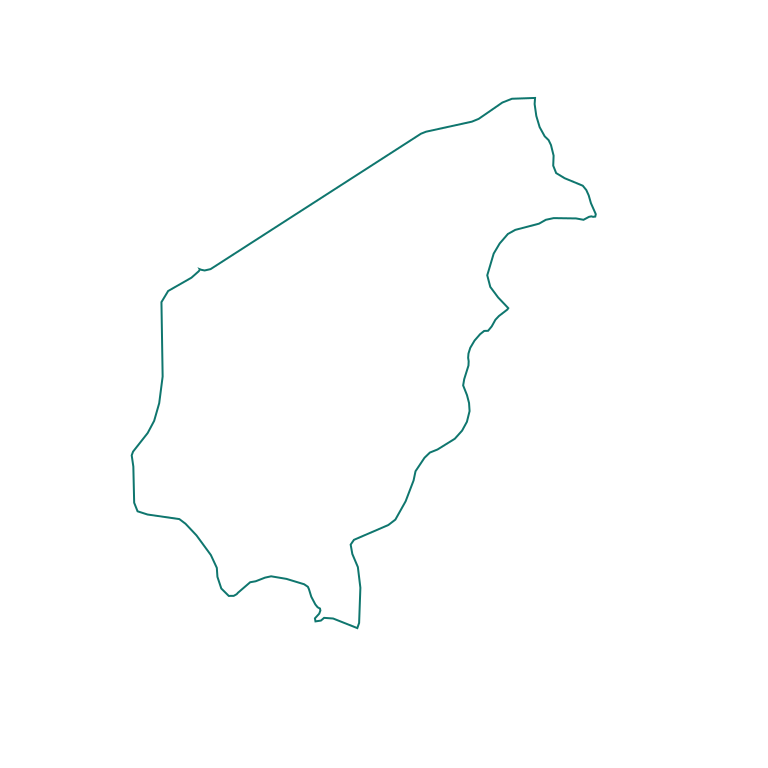 outline of Semnan, rotated 149°
{"feature_id": "IRN-3215", "entity_name": "Semnan", "entity_type": "Province", "adm_level": 1, "iso_a3": "IRN", "parent_name": "Iran", "parent_adm1": "", "projection": "natural_earth1", "projection_center": [54.411, 35.84], "detail": "fine", "context": "isolated", "style": "outline", "palette": "teal", "viewbox_px": 768, "rotation_deg": 149, "n_neighbors": 0, "source": "natural_earth", "source_scale": "10m", "svg_char_len": 1678}
<svg xmlns="http://www.w3.org/2000/svg" viewBox="0 0 768 768"><g transform="rotate(149 384 384)"><path d="M270.8,377.9L276.0,377.2L284.0,374.6L291.4,370.6L295.9,366.6L298.4,363.1L299.7,359.9L302.1,356.3L312.8,346.8L316.9,342.0L318.6,331.7L320.9,323.9L324.6,316.7L332.4,308.9L341.1,303.8L351.5,300.6L371.9,300.3L380.0,301.6L387.3,299.9L401.9,293.0L408.3,286.1L425.9,272.3L444.1,261.9L452.9,260.9L490.0,265.9L495.3,263.5L498.7,254.6L500.7,240.5L509.2,221.5L528.4,192.0L532.6,188.5L548.4,209.2L555.8,214.4L559.9,213.7L565.0,215.8L563.9,218.7L557.8,220.5L555.2,222.6L554.5,224.5L555.2,225.6L555.9,226.9L556.4,230.4L555.9,239.1L554.0,246.8L553.7,249.4L555.6,253.5L568.0,267.2L579.8,277.3L585.7,279.3L595.6,281.0L600.8,283.0L616.6,280.3L618.6,279.7L621.9,279.8L626.2,282.3L628.8,292.5L626.1,304.5L622.0,312.5L620.5,326.6L622.7,350.8L626.1,366.4L629.0,373.6L653.9,393.9L660.8,401.8L659.3,410.9L641.4,442.3L637.0,452.8L633.9,455.3L611.8,463.7L600.0,470.8L586.6,483.3L569.9,504.4L532.6,568.8L521.1,574.9L494.3,574.3L484.6,576.1L482.8,577.0L482.8,577.3L481.8,576.0L479.3,573.7L473.5,571.8L223.4,579.5L218.0,578.6L173.5,563.6L166.3,562.5L137.6,564.3L127.4,562.6L107.2,551.4L110.7,546.4L115.4,535.3L118.3,524.0L118.7,513.5L117.3,508.3L117.8,502.8L121.0,492.4L126.5,484.0L127.8,476.1L123.2,467.4L111.5,451.6L110.7,446.1L111.4,440.2L113.5,432.4L115.0,420.5L116.7,418.7L118.7,419.6L119.9,420.9L122.2,421.7L128.4,422.0L134.1,427.0L153.1,438.8L160.7,441.4L168.6,441.6L192.1,448.5L200.5,448.8L212.4,444.9L222.8,439.3L239.5,424.0L242.9,412.5L241.6,399.4L238.4,385.0L239.9,384.3L250.4,383.1L255.4,381.7L262.0,377.9L267.4,376.0L270.8,377.9Z" fill="none" stroke="#0f766e" stroke-width="2"/></g></svg>